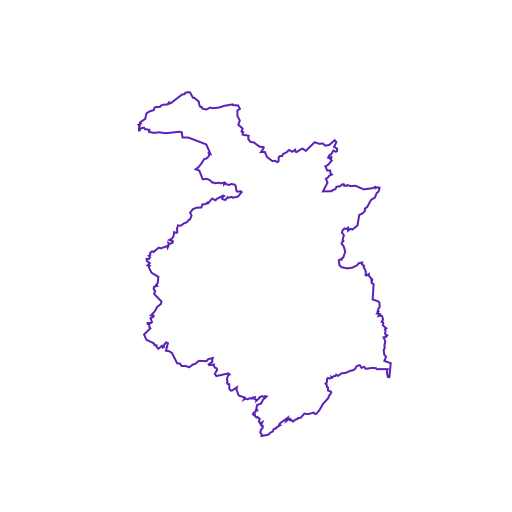 the district of Santa María del Oro, Jalisco, Mexico, rotated 228°
{"feature_id": "50627088B36716860134326", "entity_name": "Santa María del Oro", "entity_type": "district", "adm_level": 2, "iso_a3": "MEX", "parent_name": "Mexico", "parent_adm1": "Jalisco", "projection": "equal_earth", "projection_center": [-102.836, 19.525], "detail": "fine", "context": "isolated", "style": "outline", "palette": "violet", "viewbox_px": 512, "rotation_deg": 228, "n_neighbors": 0, "source": "geoboundaries", "source_scale": "gbopen_adm2", "svg_char_len": 6150}
<svg xmlns="http://www.w3.org/2000/svg" viewBox="0 0 512 512"><g transform="rotate(228 256 256)"><path d="M431.0,284.5L433.9,281.0L434.0,279.6L432.8,277.5L434.5,274.2L435.3,270.0L432.0,265.4L432.9,259.4L432.3,258.4L431.6,258.7L432.1,256.5L430.6,256.9L429.7,254.8L427.6,253.1L427.2,253.6L428.0,255.6L426.4,258.6L424.5,258.4L421.1,261.2L419.8,259.5L415.7,262.7L412.6,266.9L407.6,271.1L399.5,282.3L397.6,283.6L393.3,280.7L389.1,285.1L372.2,293.7L362.3,290.4L363.9,289.6L362.2,288.7L361.6,286.5L361.6,284.4L362.7,282.3L361.1,276.7L360.5,272.5L360.8,269.2L357.5,271.0L348.6,267.8L346.3,271.0L343.3,272.5L339.7,272.6L339.1,273.7L337.7,274.0L335.2,277.6L333.5,278.4L331.9,281.4L330.6,280.2L330.8,282.0L328.8,282.1L326.7,283.7L326.0,285.8L323.4,287.9L322.0,287.9L317.3,285.0L316.3,285.1L314.4,287.9L313.1,288.1L312.2,282.4L314.8,277.8L316.1,277.6L317.8,274.5L318.7,274.3L318.1,270.7L320.8,269.1L322.1,269.8L321.9,272.4L322.8,272.1L324.8,264.6L324.4,263.2L328.0,261.8L327.3,255.5L328.2,255.6L328.4,253.1L330.2,250.6L328.6,247.9L331.7,244.1L333.0,240.5L332.3,236.0L329.2,235.2L327.3,231.3L327.8,230.4L327.4,227.0L328.5,224.3L328.8,220.5L330.9,218.5L329.0,215.4L326.4,213.5L326.4,212.3L328.5,211.2L325.7,207.6L325.2,205.0L325.9,202.3L322.5,204.1L321.7,202.9L322.7,200.1L324.4,199.6L322.3,198.1L321.3,195.9L322.8,196.6L325.3,190.5L327.3,189.2L327.5,182.5L329.0,182.0L329.1,179.3L327.5,178.1L328.0,176.5L325.9,176.4L325.4,174.5L327.0,172.8L325.6,171.6L321.8,172.3L321.6,169.2L319.9,170.4L319.8,169.3L318.4,168.5L313.4,167.2L305.8,169.5L301.7,164.9L301.3,162.2L300.0,162.5L301.3,159.5L299.9,157.8L297.4,157.6L296.0,154.9L285.5,155.3L284.0,153.5L284.3,148.4L282.6,143.9L282.2,138.3L280.2,140.0L279.5,139.1L280.4,136.0L276.4,134.4L276.5,133.1L278.8,130.6L278.1,130.0L276.6,131.0L274.8,129.3L272.9,129.1L272.6,120.3L267.1,118.5L259.4,121.7L257.9,120.9L256.1,122.3L255.2,121.3L252.4,121.4L252.2,126.0L250.3,125.4L250.0,126.7L251.4,128.4L252.0,131.3L250.1,132.2L245.9,125.7L243.4,127.7L240.2,128.7L229.0,125.6L226.9,127.5L224.0,127.1L221.5,130.0L218.0,131.9L217.6,136.4L216.5,138.8L216.3,143.4L211.0,148.8L211.3,151.5L209.1,155.6L208.3,153.9L206.5,152.7L207.2,148.4L206.3,148.2L203.4,152.1L202.8,151.2L200.4,150.8L198.9,151.6L197.5,151.1L195.9,146.5L193.3,146.2L187.2,157.0L185.6,157.1L186.0,155.7L185.0,153.6L183.3,151.4L181.7,150.9L181.2,149.6L179.8,149.3L178.5,150.3L175.0,147.2L172.7,147.3L172.0,148.4L171.2,153.9L170.0,152.2L163.9,149.8L158.3,152.9L157.4,150.9L157.1,152.6L155.2,153.8L154.4,156.3L152.8,157.3L153.3,158.3L151.8,160.7L150.9,159.2L148.8,160.2L148.2,159.4L148.1,163.1L148.7,163.7L147.7,166.9L145.6,167.7L145.9,168.9L144.5,169.9L144.5,165.0L143.0,161.2L144.5,157.0L142.4,154.3L140.5,153.7L141.6,152.8L140.5,151.2L141.1,149.9L140.6,147.9L139.3,147.9L139.3,149.2L137.1,148.1L135.6,148.3L135.4,149.4L132.3,149.8L131.2,147.5L128.9,147.0L128.3,149.6L127.5,147.9L128.0,147.0L126.0,146.5L125.3,147.3L123.8,145.9L123.7,143.7L122.0,141.1L119.4,140.8L118.5,139.7L115.0,145.5L115.1,148.3L114.4,151.2L115.4,153.0L115.2,154.7L114.4,155.5L114.9,156.8L114.0,160.8L115.2,160.5L115.6,161.7L114.6,171.1L113.1,168.1L112.7,172.0L111.5,171.4L110.8,171.7L110.9,172.6L108.2,172.7L108.0,175.8L107.1,177.8L107.5,178.8L105.9,180.9L106.5,186.5L103.7,188.8L101.0,194.1L98.9,194.2L98.4,195.5L99.0,200.0L101.2,206.6L102.1,214.9L103.1,216.3L104.0,220.4L105.2,220.9L107.8,219.5L110.2,221.5L111.4,221.1L112.7,222.2L114.6,222.3L114.6,224.0L117.1,226.6L117.2,228.0L115.6,228.7L115.0,230.5L115.7,231.0L114.6,231.2L114.8,233.1L113.8,234.6L114.1,236.2L112.1,236.6L111.5,241.1L109.0,244.7L107.6,249.3L106.3,251.3L105.7,253.9L106.8,256.9L105.9,259.4L105.3,260.1L102.3,259.6L101.2,262.2L98.7,262.1L95.0,267.6L92.3,270.1L91.0,270.1L83.9,278.1L82.6,276.1L78.9,273.5L77.9,273.1L76.7,274.0L86.2,284.4L92.1,281.2L94.2,285.3L96.9,285.3L100.8,288.1L101.6,290.3L103.5,291.4L106.1,295.0L110.2,296.4L108.9,298.4L109.2,300.4L111.0,299.6L112.3,300.3L113.8,302.3L115.3,302.7L115.1,304.4L119.8,303.9L120.6,305.5L121.9,306.0L122.8,305.3L123.8,307.9L126.9,309.5L127.9,309.3L129.4,306.9L130.1,309.1L132.3,307.4L132.7,309.7L133.4,309.3L135.0,311.8L135.2,313.6L138.4,316.4L140.6,316.4L145.6,313.6L156.4,324.6L158.5,323.9L160.4,325.3L159.8,325.5L160.6,326.6L165.8,326.7L167.1,327.8L167.6,325.0L168.4,324.6L170.8,327.1L176.0,328.8L176.3,329.7L179.1,329.2L180.1,330.6L181.9,327.6L181.4,325.3L182.7,320.1L185.7,315.5L190.2,312.2L191.8,311.9L193.5,311.9L197.4,314.7L197.5,315.5L195.9,317.1L196.8,317.9L196.4,319.7L199.6,325.3L204.7,327.7L207.7,327.8L208.4,328.4L208.6,330.9L209.7,330.8L212.7,335.2L216.1,335.6L217.3,338.0L217.2,340.2L215.8,340.9L215.4,343.3L213.2,341.4L213.0,344.4L211.1,345.4L210.8,351.9L217.4,360.1L216.3,364.1L216.7,367.3L218.4,368.7L218.0,371.4L220.7,378.9L219.9,383.6L222.0,387.7L221.9,390.3L224.1,393.5L226.0,391.9L226.5,390.2L227.5,390.8L228.5,387.8L233.5,380.6L241.6,376.9L244.6,373.1L247.7,371.3L247.6,370.2L249.2,368.5L250.3,369.3L251.4,368.5L251.6,365.1L253.6,362.1L252.5,359.6L253.7,357.0L253.5,355.6L259.2,349.0L262.7,358.3L266.6,359.6L266.2,362.5L266.7,364.2L265.8,366.9L267.5,366.7L270.0,368.3L271.9,366.1L276.3,367.7L275.5,370.2L276.3,376.3L278.3,376.1L278.6,378.1L279.3,378.3L279.6,376.0L280.8,375.4L281.7,377.5L281.5,380.8L282.6,384.0L280.0,385.1L279.8,386.4L281.5,388.1L284.8,387.0L286.9,391.9L289.4,392.0L289.5,384.8L291.6,381.3L294.9,380.9L297.0,378.1L301.3,375.7L300.8,363.4L304.9,362.3L306.1,355.7L306.9,355.2L308.7,356.2L309.2,352.7L312.7,351.5L312.7,347.8L313.7,344.3L312.8,342.3L314.1,340.8L314.3,339.0L311.4,336.3L311.4,334.7L314.1,333.8L315.5,331.7L322.2,330.4L327.4,332.2L329.9,329.2L330.9,333.5L331.9,334.5L334.8,331.8L341.7,330.4L344.8,328.1L348.3,328.6L350.3,331.0L355.1,327.3L356.5,328.3L356.6,329.3L358.2,328.6L359.7,331.4L365.4,330.6L367.5,334.6L372.7,336.0L376.6,339.6L376.1,342.5L379.9,343.4L383.5,339.8L384.3,340.1L388.9,332.8L391.0,327.9L394.6,322.9L397.0,321.2L398.1,317.1L401.4,314.8L403.1,315.4L404.0,314.4L405.8,314.8L409.2,316.8L415.1,315.9L415.9,315.0L421.3,316.4L422.8,315.7L424.6,312.6L424.2,311.1L425.5,308.9L426.6,295.0L427.2,293.5L428.3,294.0L427.9,291.6L430.4,288.4L431.3,286.1L431.0,284.5Z" fill="none" stroke="#5b21b6" stroke-width="2"/></g></svg>